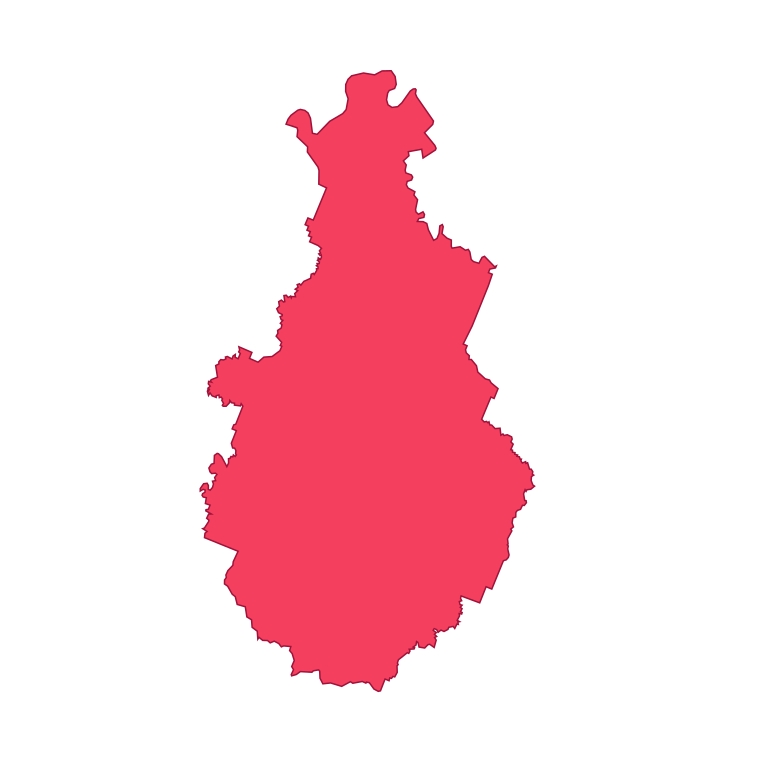 outline of Lismore, New South Wales, Australia, rotated 194°
{"feature_id": "25037944B52457612567816", "entity_name": "Lismore", "entity_type": "district", "adm_level": 2, "iso_a3": "AUS", "parent_name": "Australia", "parent_adm1": "New South Wales", "projection": "natural_earth1", "projection_center": [153.257, -28.794], "detail": "fine", "context": "isolated", "style": "filled", "palette": "rose", "viewbox_px": 768, "rotation_deg": 194, "n_neighbors": 0, "source": "geoboundaries", "source_scale": "gbopen_adm2", "svg_char_len": 6145}
<svg xmlns="http://www.w3.org/2000/svg" viewBox="0 0 768 768"><g transform="rotate(194 384 384)"><path d="M554.5,341.6L552.1,339.8L553.8,337.4L552.1,336.6L552.6,334.9L553.5,335.8L553.6,334.2L551.5,330.5L550.7,333.3L547.9,330.9L543.6,330.4L544.0,332.0L541.5,333.4L540.5,330.9L538.9,331.9L537.1,330.5L537.5,329.0L535.0,326.4L535.7,324.2L534.7,323.5L531.8,324.2L529.4,328.4L529.6,330.7L527.4,328.9L524.4,329.2L524.0,327.3L518.0,328.0L517.8,330.3L515.6,328.4L518.1,309.1L519.9,308.0L520.5,303.7L516.0,303.0L517.8,289.6L515.4,285.3L513.4,285.6L511.6,283.6L511.1,280.3L510.1,279.5L510.9,277.7L513.0,278.7L513.1,276.8L515.0,276.6L515.4,274.6L516.8,273.9L515.7,269.6L516.5,265.8L524.0,274.2L527.7,276.3L529.1,276.3L531.3,273.7L529.7,265.9L532.1,264.4L533.6,260.1L531.6,256.7L529.5,255.4L526.0,256.7L524.2,255.8L525.7,252.3L524.0,249.5L526.9,248.2L525.3,245.7L525.4,242.1L527.0,238.9L529.0,239.3L529.8,243.0L531.6,244.9L534.9,243.6L537.0,238.1L536.4,235.7L534.0,238.0L531.8,237.8L531.6,235.6L533.5,233.7L533.6,232.0L532.1,230.6L528.9,230.7L528.4,224.8L523.5,224.4L524.1,220.0L526.3,219.0L526.2,217.8L520.1,216.1L522.7,215.3L523.6,210.8L521.0,209.6L520.9,208.1L523.4,200.8L524.9,199.8L520.0,198.1L521.6,195.9L521.0,191.5L485.1,186.4L487.3,175.1L486.8,171.5L490.3,165.3L491.2,160.4L490.2,158.1L491.3,155.3L490.4,151.4L486.8,150.0L480.4,143.3L476.9,141.7L473.1,134.6L464.7,134.3L460.7,124.8L455.5,123.2L453.1,116.0L447.2,113.5L444.7,105.9L444.0,107.9L439.7,105.9L434.9,106.9L431.8,105.3L428.3,107.9L423.3,106.7L420.0,104.1L418.0,105.6L410.9,106.7L411.1,102.5L407.9,100.2L404.2,94.0L405.2,87.5L402.7,84.9L403.7,79.6L403.0,78.5L398.8,80.9L395.6,84.7L384.2,86.9L383.2,88.6L378.3,90.8L376.9,89.8L374.9,83.0L370.8,78.3L363.5,81.0L351.9,80.4L344.6,87.0L341.9,86.1L333.1,90.1L329.2,89.4L329.0,90.5L325.9,90.6L320.0,85.6L315.2,84.4L313.2,85.4L311.6,98.0L307.3,97.3L307.3,100.2L305.5,100.2L304.6,102.4L302.7,102.4L301.4,107.4L303.2,113.7L302.4,115.1L303.5,116.5L303.3,119.9L296.4,128.9L294.8,128.6L294.2,131.2L295.4,132.7L290.7,134.2L290.5,135.5L292.1,135.8L289.8,138.4L290.1,142.0L288.6,141.5L286.3,137.2L280.6,137.7L278.3,141.7L276.6,142.5L271.6,140.5L271.4,148.1L273.6,150.3L271.8,151.8L274.5,153.4L273.1,155.4L276.7,156.9L276.1,158.8L273.5,158.4L271.4,156.2L269.2,159.0L265.9,158.4L262.6,161.3L262.3,163.6L258.2,165.5L256.2,163.9L255.2,168.6L253.7,168.7L254.8,170.9L253.2,171.7L255.8,172.4L254.6,177.3L255.5,179.4L253.0,179.6L252.9,181.2L254.7,181.5L253.9,184.9L256.0,185.8L254.7,188.3L256.9,188.4L258.3,191.1L256.2,192.5L257.9,194.6L257.9,197.0L238.2,194.8L235.9,212.0L229.8,211.1L225.4,241.4L222.8,243.0L221.4,245.8L221.3,248.4L224.1,254.0L224.2,256.9L225.5,257.7L224.9,258.8L226.7,263.7L224.4,272.4L225.9,273.9L223.8,276.7L226.1,280.3L226.5,285.0L224.0,286.9L225.0,291.3L224.0,293.6L221.2,295.4L220.3,299.8L218.5,300.1L217.1,303.3L217.9,305.2L219.3,305.0L222.0,311.2L221.5,315.5L220.2,314.2L219.7,316.0L216.1,317.4L213.2,321.3L215.1,322.0L217.9,326.0L218.5,329.9L216.7,331.8L218.2,332.3L218.4,334.9L220.6,337.0L222.2,336.6L225.6,342.3L227.1,341.3L227.8,342.9L230.7,340.8L232.6,342.6L232.5,344.3L233.7,344.0L235.0,346.1L237.5,346.0L237.2,347.4L240.1,347.5L240.3,349.1L242.8,348.9L243.3,350.9L245.1,350.9L244.1,356.9L246.9,358.5L246.3,361.5L247.4,363.6L252.1,364.6L255.1,363.1L256.5,364.3L258.2,362.6L260.7,369.2L265.5,367.6L269.5,370.2L271.4,369.9L273.0,372.7L273.8,371.6L275.5,372.5L277.6,371.4L280.7,373.4L277.1,397.2L273.7,396.6L272.2,407.1L280.3,411.0L282.6,413.4L287.0,413.5L295.9,418.3L298.7,424.1L305.2,428.9L307.5,428.4L308.1,432.1L311.7,434.1L313.2,437.0L312.6,441.2L316.8,442.0L312.5,461.6L306.5,504.8L305.5,516.7L309.6,517.3L309.1,521.1L303.9,523.6L303.6,525.7L305.0,524.5L317.4,532.2L319.5,530.6L321.1,524.1L326.7,524.4L329.5,525.9L332.6,532.8L334.8,535.0L337.3,533.5L343.3,535.6L350.8,532.3L352.0,533.8L353.5,540.0L358.0,540.7L364.1,543.9L364.6,550.9L366.0,552.8L368.1,550.9L367.0,543.5L367.8,538.0L370.6,535.4L378.2,544.3L381.3,550.1L385.3,551.0L391.0,549.8L390.3,552.9L385.6,555.3L385.7,558.3L387.8,560.5L391.7,557.0L394.6,558.7L395.6,561.1L396.0,570.9L400.7,574.6L400.5,578.0L408.1,580.0L410.5,582.7L410.5,586.2L406.6,588.6L406.2,591.7L408.0,593.5L413.9,594.1L415.2,596.6L415.4,601.9L419.2,605.2L415.0,611.5L416.6,615.3L404.2,620.9L400.8,612.7L390.7,623.5L390.5,625.3L392.4,627.8L405.5,637.6L399.5,647.7L399.6,651.1L421.5,670.3L423.7,673.2L424.0,677.2L425.0,678.0L427.1,677.3L429.4,674.6L434.7,661.1L437.8,656.4L443.2,654.3L447.7,655.9L450.3,660.4L450.8,667.3L449.9,670.1L445.2,673.3L444.6,677.7L447.6,685.1L452.8,689.7L461.6,687.3L467.9,681.7L479.1,680.8L490.0,675.2L492.6,671.0L493.6,665.4L492.0,658.6L487.8,652.1L487.1,641.1L489.5,636.3L500.2,625.8L509.3,610.1L514.1,610.0L519.6,624.0L523.2,628.6L527.0,630.3L531.6,630.2L533.9,628.8L539.3,622.2L541.1,617.9L541.9,612.4L530.4,611.6L529.1,609.4L528.2,602.9L515.5,595.7L514.5,590.6L500.5,578.5L498.7,575.4L495.6,562.1L487.2,560.4L492.3,525.9L498.0,526.7L499.1,519.5L495.4,518.8L496.0,514.6L492.4,514.0L493.1,509.5L489.8,509.0L490.6,504.0L481.4,502.4L477.5,500.5L478.9,497.6L477.2,495.7L478.8,494.5L477.2,493.3L476.1,494.0L475.4,492.0L475.8,489.6L478.3,490.5L478.2,489.3L476.9,489.1L478.4,487.9L476.2,486.8L476.0,485.3L478.1,484.7L477.2,483.6L478.2,482.4L476.3,481.7L476.0,479.9L477.4,479.5L476.8,477.8L478.2,473.4L479.3,474.3L481.2,472.9L480.8,468.8L486.6,464.2L488.6,459.8L490.2,460.8L492.3,459.4L490.8,457.1L493.1,454.5L490.3,453.7L492.5,450.2L491.0,447.3L494.6,446.6L494.8,445.2L495.9,446.7L497.9,444.8L500.3,446.5L502.5,445.6L500.2,439.9L501.3,439.3L503.9,440.6L506.1,438.4L504.3,434.2L506.3,431.1L503.6,427.7L499.6,426.8L499.3,425.6L501.1,424.2L499.3,421.5L497.6,421.3L499.3,417.8L497.4,416.8L497.3,413.4L500.2,410.3L499.2,407.5L500.2,404.3L493.4,399.7L494.0,396.2L492.3,395.9L493.0,391.2L499.2,383.6L507.1,381.0L511.5,374.7L520.7,376.3L519.8,382.7L533.8,385.0L532.3,382.0L532.8,380.0L530.8,378.8L531.7,373.2L534.9,374.0L535.4,376.7L537.2,374.7L537.5,371.6L542.7,372.8L544.4,371.8L543.5,370.2L545.5,368.5L548.3,368.2L549.6,365.7L549.1,363.5L551.8,361.2L547.2,350.3L552.7,346.4L553.2,344.9L552.0,344.1L554.8,344.1L554.5,341.6Z" fill="#f43f5e" stroke="#9f1239" stroke-width="1.5"/></g></svg>